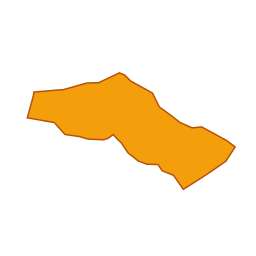 the district of Yeso'nzu'il, Övörhangay, Mongolia, rotated 324°
{"feature_id": "93677404B53674077501542", "entity_name": "Yeso'nzu'il", "entity_type": "district", "adm_level": 2, "iso_a3": "MNG", "parent_name": "Mongolia", "parent_adm1": "Övörhangay", "projection": "natural_earth1", "projection_center": [103.684, 46.617], "detail": "fine", "context": "isolated", "style": "filled", "palette": "amber", "viewbox_px": 256, "rotation_deg": 324, "n_neighbors": 0, "source": "geoboundaries", "source_scale": "gbopen_adm2", "svg_char_len": 640}
<svg xmlns="http://www.w3.org/2000/svg" viewBox="0 0 256 256"><g transform="rotate(324 128 128)"><path d="M153.4,78.3L130.9,74.1L121.1,67.4L97.6,58.7L94.3,56.5L73.0,43.6L70.5,46.2L52.5,60.6L71.6,80.3L73.2,96.2L83.9,106.6L87.3,111.2L89.3,113.6L101.2,123.1L102.8,123.7L105.8,124.6L112.3,124.7L112.3,124.8L112.9,131.4L113.8,135.4L113.4,148.2L116.9,160.7L122.1,168.5L130.8,175.2L130.5,182.7L137.0,193.0L136.7,210.1L154.8,211.3L166.5,211.9L187.7,212.4L203.5,206.3L200.7,196.7L188.3,170.5L180.0,165.6L173.3,154.1L170.4,143.9L165.7,129.5L168.3,114.1L157.8,91.6L156.4,83.0L153.4,78.3Z" fill="#f59e0b" stroke="#b45309" stroke-width="1.5"/></g></svg>